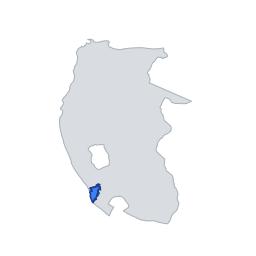 Uthungulu, KwaZulu-Natal, South Africa shown in context, rotated 115°
{"feature_id": "47623444B51210648784187", "entity_name": "Uthungulu", "entity_type": "district", "adm_level": 2, "iso_a3": "ZAF", "parent_name": "South Africa", "parent_adm1": "KwaZulu-Natal", "projection": "robinson", "projection_center": [31.342, -28.763], "detail": "medium", "context": "in_parent", "style": "filled", "palette": "blue", "viewbox_px": 256, "rotation_deg": 115, "n_neighbors": 0, "source": "geoboundaries", "source_scale": "gbopen_adm2", "svg_char_len": 5357}
<svg xmlns="http://www.w3.org/2000/svg" viewBox="0 0 256 256"><g transform="rotate(115 128 128)"><path d="M175.1,49.9L180.8,49.0L183.4,49.5L186.5,50.8L189.4,51.3L194.4,50.8L196.1,51.1L197.4,51.5L198.4,52.2L199.8,57.5L201.0,63.2L201.0,65.0L201.2,65.7L202.6,68.1L203.1,69.6L203.9,70.8L205.7,76.9L205.9,78.0L205.8,92.6L205.2,94.4L205.5,96.7L204.6,97.0L199.7,94.0L198.9,94.1L197.5,95.2L196.2,96.9L195.7,98.4L193.2,102.4L193.0,104.9L193.2,107.0L194.1,107.1L194.6,108.6L196.0,111.1L198.2,112.7L200.3,113.4L203.2,113.6L205.5,113.5L205.4,111.9L205.9,107.4L209.8,108.0L215.5,107.8L215.1,110.7L213.0,117.3L211.7,124.7L210.0,128.4L209.0,129.9L206.2,132.7L204.8,133.6L203.6,133.9L198.9,139.4L197.1,142.1L195.6,145.9L194.0,148.1L191.8,152.6L187.8,159.3L184.5,163.7L183.0,165.0L182.0,165.5L179.4,168.1L175.7,172.2L172.8,175.8L168.6,180.0L166.1,181.8L162.5,185.3L161.4,185.9L157.3,189.2L154.3,191.2L149.5,193.5L147.6,194.1L143.0,193.5L141.1,193.9L139.5,195.3L139.4,197.3L138.7,197.6L134.5,196.7L132.7,196.8L131.8,197.9L131.0,199.3L128.5,199.3L124.2,197.9L119.1,197.1L117.9,197.0L115.5,198.0L114.7,198.2L111.1,197.9L109.1,197.3L107.2,197.3L105.7,197.8L104.0,198.0L99.3,201.8L96.9,201.8L94.8,202.3L91.0,201.7L89.9,202.0L88.8,202.6L86.2,202.9L85.3,203.5L81.1,207.0L79.3,206.6L77.0,206.6L74.4,204.7L73.5,204.8L73.7,204.3L73.7,203.3L72.8,202.3L71.8,202.4L71.3,201.5L69.7,201.4L68.5,201.7L68.1,198.5L67.5,198.2L66.0,198.1L65.2,198.2L64.9,198.5L64.5,199.3L64.6,201.5L64.1,200.8L63.4,199.5L63.1,198.1L63.3,196.4L64.4,195.7L64.0,193.6L62.1,189.9L60.9,189.1L60.0,187.2L59.1,186.6L58.7,185.2L57.8,184.2L57.5,182.5L57.9,181.5L58.6,181.0L59.4,181.8L60.3,181.5L61.6,180.3L62.3,178.5L62.2,175.5L61.9,173.7L60.7,168.9L60.1,167.9L57.6,164.5L54.7,159.9L50.9,152.7L49.0,148.4L46.2,139.7L43.8,134.8L40.9,130.2L40.5,129.9L40.9,129.3L42.4,128.3L43.0,128.0L43.4,128.1L43.7,127.8L44.1,127.1L44.2,125.5L44.9,123.8L45.5,123.0L46.8,122.6L47.8,123.2L48.2,123.8L48.4,124.7L48.9,125.1L49.6,125.0L50.1,125.5L50.4,126.6L50.4,127.3L50.0,127.8L50.1,128.4L50.6,129.2L51.2,130.9L53.9,131.8L55.4,131.9L56.9,132.3L58.2,133.1L60.5,133.3L63.5,132.9L66.1,133.0L68.1,133.8L69.5,133.9L70.4,133.4L70.8,132.8L70.6,131.9L71.1,131.3L72.1,131.1L72.8,130.4L73.4,129.4L74.8,128.5L77.0,127.8L78.1,127.8L76.9,81.9L80.9,85.1L81.8,86.5L83.8,90.8L85.9,96.1L86.3,98.7L86.3,99.2L84.3,102.7L84.3,104.4L84.6,106.5L85.1,107.5L85.7,107.8L87.0,107.3L89.2,107.8L93.3,107.6L95.3,107.9L95.9,107.7L96.3,107.3L96.8,106.1L97.3,105.7L99.2,105.1L100.0,104.4L101.3,102.0L105.3,98.8L105.8,98.1L108.2,90.4L108.9,89.3L110.1,88.6L112.3,88.0L113.6,88.3L115.0,89.0L116.7,90.1L119.1,92.2L119.9,92.5L122.3,92.6L123.8,94.0L128.3,94.9L129.6,94.9L131.0,94.1L133.3,94.1L135.7,93.6L137.2,92.3L140.0,83.9L140.3,82.0L140.6,81.5L143.0,80.6L145.8,79.9L146.4,79.5L148.2,77.1L150.5,75.2L152.1,68.5L153.1,66.9L153.8,66.3L154.2,66.2L154.8,65.8L155.6,65.0L156.5,64.5L157.6,64.3L158.2,63.8L158.6,62.9L159.1,62.4L159.9,62.4L160.3,62.2L160.4,61.6L162.2,60.1L162.2,59.5L163.2,58.1L165.2,55.9L167.0,54.6L168.8,54.4L172.0,53.2L173.1,52.1L173.8,50.7L175.1,49.9ZM170.3,148.8L173.1,147.6L175.2,146.2L175.6,143.4L177.2,141.8L177.8,140.2L178.2,138.0L177.3,135.8L176.0,135.1L173.6,133.2L172.5,131.9L171.1,130.8L170.1,129.4L168.4,129.9L165.9,130.9L164.3,131.9L163.0,133.1L160.6,133.9L158.5,137.6L157.7,138.5L156.0,141.2L153.5,142.5L153.5,143.0L154.3,145.2L155.5,147.4L156.7,149.1L156.7,150.3L157.1,151.1L158.2,151.7L160.1,153.9L161.0,154.7L163.8,155.2L164.2,155.1L165.0,153.7L165.1,152.8L166.9,149.9L167.7,149.0L170.3,148.8Z" fill="#d9dde1" stroke="#a8b0b8" stroke-width="1"/><path d="M202.5,135.4L203.5,134.2L205.1,133.6L206.3,133.0L209.8,129.4L210.2,128.7L210.4,128.1L210.1,128.1L209.5,128.3L209.3,128.7L208.7,128.3L208.4,128.4L208.5,127.9L207.7,127.7L207.4,127.9L207.1,127.6L206.6,127.9L206.7,127.4L206.3,127.1L206.1,127.3L205.9,127.0L206.2,126.9L206.1,126.7L205.8,126.6L205.6,127.3L203.9,127.6L203.2,127.6L203.3,127.3L202.8,126.9L203.0,126.8L202.6,126.9L202.7,127.1L202.4,127.2L202.2,127.0L202.0,127.3L201.8,127.2L201.7,126.8L201.7,127.1L201.5,126.9L201.3,127.1L201.0,127.0L201.2,127.3L200.9,127.6L200.8,127.4L200.6,127.6L200.7,128.1L200.1,128.1L199.7,127.9L199.0,127.0L198.8,127.4L198.8,127.8L198.6,128.0L198.5,127.9L198.3,128.2L198.0,128.0L197.7,128.1L197.3,128.4L197.5,128.6L197.3,128.6L197.3,128.9L197.0,129.1L196.9,128.9L196.4,128.8L196.6,128.5L196.1,128.5L196.2,128.4L196.0,128.1L195.6,127.8L195.5,127.5L195.2,127.4L195.3,127.1L193.5,128.0L193.2,128.6L192.9,128.6L192.7,128.9L193.4,129.4L193.6,129.4L193.1,130.0L192.7,130.0L192.5,130.5L191.8,130.2L192.0,130.5L191.8,130.7L191.3,131.0L191.6,131.2L191.8,131.5L192.1,131.3L192.3,131.4L192.4,131.7L192.1,131.9L192.5,132.2L192.6,131.8L192.8,131.6L192.7,131.3L192.8,131.2L193.4,131.3L193.2,131.9L193.8,131.9L194.2,131.7L194.4,132.2L194.3,132.6L194.7,132.7L194.5,132.4L194.8,132.0L195.2,132.2L195.0,132.6L195.2,132.9L195.7,133.0L195.7,133.8L196.1,134.2L196.1,134.5L196.4,134.5L196.2,134.1L196.7,134.2L196.6,134.7L196.8,135.1L197.2,135.3L197.2,135.6L197.9,136.2L198.0,136.5L198.4,136.1L198.5,136.4L198.3,136.7L198.6,136.9L198.6,136.6L198.8,136.4L198.7,136.3L198.9,136.3L198.8,136.0L199.4,135.5L199.4,135.4L199.2,135.4L199.4,134.6L200.0,134.6L200.2,134.4L200.2,134.7L200.1,134.8L200.3,134.7L200.3,135.0L200.6,135.0L200.8,135.3L200.9,135.1L201.0,135.4L202.5,135.4Z" fill="#3b82f6" stroke="#1e3a8a" stroke-width="1.5"/></g></svg>